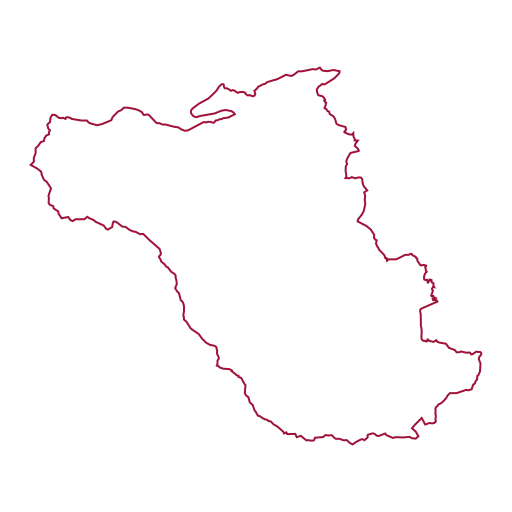 Calimanesti, Vâlcea, Romania (Mercator projection)
{"feature_id": "2599482B79862201668906", "entity_name": "Calimanesti", "entity_type": "district", "adm_level": 2, "iso_a3": "ROU", "parent_name": "Romania", "parent_adm1": "Vâlcea", "projection": "mercator", "projection_center": [24.315, 45.264], "detail": "fine", "context": "isolated", "style": "outline", "palette": "rose", "viewbox_px": 512, "rotation_deg": 0, "n_neighbors": 0, "source": "geoboundaries", "source_scale": "gbopen_adm2", "svg_char_len": 6000}
<svg xmlns="http://www.w3.org/2000/svg" viewBox="0 0 512 512"><path d="M414.6,425.1L421.7,418.0L425.3,424.6L429.3,423.0L432.3,423.4L434.3,423.0L435.9,421.3L435.4,419.6L435.9,415.8L435.3,413.2L435.6,412.1L435.4,408.7L436.2,406.9L437.3,406.2L438.4,404.5L441.1,403.2L444.0,400.6L446.3,397.9L447.6,395.5L450.0,393.1L456.7,393.1L466.1,389.9L468.4,390.3L471.6,389.3L473.2,384.6L474.9,383.5L475.6,381.2L477.0,379.6L477.4,375.8L478.3,375.3L480.0,371.5L480.5,363.4L478.8,359.1L479.3,356.9L481.2,354.6L481.3,353.2L480.4,352.1L476.1,351.7L472.4,354.3L471.2,354.4L470.2,352.8L469.4,352.5L466.3,352.7L461.1,351.5L459.5,352.2L456.6,352.3L454.8,350.0L449.0,347.9L445.9,343.7L439.5,342.6L437.4,341.8L436.3,340.2L433.6,341.9L429.4,340.9L427.8,339.4L427.5,339.5L427.1,341.2L426.1,341.5L425.2,340.9L423.6,340.9L422.0,339.8L421.4,337.8L421.7,331.0L421.3,327.3L420.9,326.2L420.7,314.0L420.1,311.2L420.3,309.5L421.8,308.4L437.4,301.6L436.9,300.6L436.0,300.5L435.8,299.7L433.0,300.5L434.1,299.7L433.0,299.8L432.7,298.8L434.2,298.7L435.3,297.9L433.5,297.2L433.3,296.0L431.7,296.2L431.2,295.8L432.9,290.7L431.9,288.9L433.1,286.8L434.2,287.1L433.4,285.4L433.5,283.3L431.7,282.3L431.4,280.0L430.0,280.3L429.7,278.7L429.7,280.2L428.0,282.6L427.5,282.0L427.7,281.2L427.3,279.8L425.4,280.0L424.3,279.5L424.0,278.2L424.2,276.1L424.8,274.0L426.7,271.7L425.7,270.2L425.8,268.9L425.2,267.5L425.4,266.5L426.2,266.1L426.1,265.6L423.6,264.9L421.1,265.4L420.3,265.1L417.4,260.7L417.2,258.6L416.3,258.2L415.8,256.9L412.4,255.2L411.8,254.0L410.6,253.8L408.8,254.8L405.1,254.9L396.4,259.3L387.9,259.4L387.4,258.9L387.4,260.6L387.0,260.8L386.6,258.9L385.3,258.1L384.3,255.1L378.8,249.4L378.4,247.9L377.2,246.4L376.0,243.5L376.7,240.3L375.4,239.7L374.0,237.9L374.2,234.7L370.6,229.4L366.3,225.9L357.6,221.4L358.0,219.4L361.7,214.8L363.7,211.2L365.3,204.0L364.7,199.8L365.2,196.0L364.2,192.4L367.2,190.4L363.5,185.8L362.8,183.6L362.1,178.9L360.8,177.5L358.7,177.4L355.1,178.3L351.8,177.1L349.7,178.2L345.5,178.1L346.4,176.4L345.6,170.8L345.8,166.3L347.1,164.0L346.2,161.4L347.5,158.0L350.4,153.0L358.7,151.0L358.7,150.1L357.8,148.7L354.8,145.8L355.5,143.7L357.8,140.6L354.7,140.4L355.0,139.7L353.5,136.5L353.3,133.1L351.9,134.6L349.3,134.4L346.4,133.3L345.9,132.6L344.7,132.5L344.3,131.8L346.1,129.5L345.5,127.0L338.6,125.1L336.5,123.8L334.9,118.6L333.3,116.2L329.8,114.1L329.1,111.6L327.7,111.2L326.4,109.2L324.5,108.0L325.8,104.9L325.7,103.4L326.2,102.7L324.3,100.9L324.3,100.1L325.1,99.8L324.0,97.7L322.5,96.3L318.3,95.2L317.0,92.0L316.8,89.4L318.4,86.9L322.4,83.9L324.1,84.5L325.6,83.8L334.3,78.3L338.4,74.2L339.5,72.5L339.6,71.2L333.3,70.0L327.3,71.2L323.0,70.7L321.8,70.1L319.8,67.6L316.0,69.5L312.7,69.1L302.2,71.3L298.2,71.3L294.2,74.5L291.4,76.0L285.9,74.8L277.7,79.0L267.2,82.1L265.2,83.8L262.7,84.4L257.9,87.0L257.0,88.6L254.4,90.7L255.3,94.1L254.5,95.6L252.8,96.3L249.3,95.0L248.2,95.5L247.2,95.2L245.5,93.7L245.3,92.9L243.3,91.9L239.5,92.1L237.9,92.9L233.8,90.3L232.5,90.1L231.1,90.8L227.3,88.4L224.7,88.2L223.9,86.7L223.7,84.5L222.6,84.1L221.5,84.4L219.4,86.2L216.2,91.0L208.6,98.4L198.9,103.7L193.1,108.1L191.4,109.8L190.9,111.7L191.3,113.7L193.3,116.0L195.3,117.0L196.8,117.1L200.0,116.0L214.5,113.5L221.5,110.7L225.7,110.0L231.3,111.1L233.6,112.5L234.8,114.2L228.4,117.5L222.8,118.3L221.6,119.1L219.9,119.1L217.7,120.2L215.7,120.5L214.2,122.4L213.2,122.8L210.6,121.9L208.1,121.8L205.9,122.5L204.5,122.0L203.2,122.3L187.7,130.5L184.5,130.7L180.8,129.1L178.4,127.4L173.3,126.6L165.5,124.5L162.6,124.5L159.0,123.1L156.6,123.1L148.6,114.7L146.9,114.5L144.0,115.0L143.1,114.3L142.1,112.3L138.6,110.3L135.3,109.1L127.7,107.7L123.8,107.7L121.2,110.2L118.1,111.5L112.7,116.9L111.3,120.2L102.0,124.1L96.9,125.2L89.9,123.2L88.5,122.4L86.9,120.5L81.3,120.5L71.6,118.9L70.4,117.9L67.8,117.2L65.9,117.6L65.5,118.9L63.2,117.8L61.6,118.2L58.9,117.9L55.4,115.1L52.3,114.7L50.4,118.0L50.0,122.1L47.9,123.9L47.3,125.1L48.4,128.7L50.0,130.3L48.9,132.1L49.1,134.3L46.2,135.6L44.6,138.0L43.8,141.1L40.8,142.1L38.2,145.8L35.6,148.3L35.6,153.2L33.8,157.9L33.9,161.6L30.7,164.9L37.1,168.5L40.8,171.3L41.7,173.3L41.5,174.3L43.5,178.8L44.3,180.0L46.7,181.8L51.0,188.3L48.5,195.7L48.9,198.3L48.6,203.0L49.7,204.7L53.3,206.2L53.7,208.5L58.3,211.4L58.5,213.5L61.6,218.3L68.2,217.0L70.4,220.1L72.6,221.1L75.5,219.3L84.4,219.2L87.3,216.8L89.1,218.1L93.6,220.0L95.6,221.8L103.6,225.5L106.2,228.8L107.8,229.6L112.2,227.0L112.7,223.5L113.4,221.7L114.1,221.4L116.4,222.0L122.3,226.6L125.5,226.9L129.7,230.0L133.6,231.6L135.3,231.7L140.1,234.2L143.2,233.9L149.8,240.4L159.5,248.8L160.9,252.9L160.5,255.0L159.2,256.1L158.9,257.0L160.6,259.6L161.2,261.5L164.7,264.4L166.1,266.5L167.9,267.4L171.0,271.6L174.7,274.1L175.7,275.6L175.5,277.1L176.4,280.4L176.8,284.2L175.3,287.6L175.3,288.5L177.3,291.6L178.9,293.0L180.8,300.2L182.5,301.7L183.5,304.0L184.0,306.6L184.0,311.2L183.3,315.3L183.9,317.3L184.0,319.6L186.4,321.7L190.8,328.6L198.8,334.1L201.8,338.3L206.0,342.6L209.8,344.8L214.2,345.7L216.2,346.9L217.2,350.9L216.9,353.4L218.7,357.3L218.8,358.7L217.5,360.6L217.5,363.7L216.8,365.6L218.6,366.1L219.6,367.4L223.3,368.7L229.2,369.1L231.9,370.4L231.6,371.1L237.0,375.4L238.5,375.8L238.6,377.0L241.2,377.9L244.3,383.7L245.5,385.1L244.8,393.1L246.0,395.4L248.4,397.2L249.8,402.4L252.7,405.0L254.6,410.5L255.7,411.7L257.9,415.7L259.5,416.0L263.7,418.8L267.8,420.2L268.5,421.1L270.7,421.4L274.2,424.9L276.3,425.8L279.0,427.9L283.5,432.0L284.0,433.4L286.4,432.4L287.1,434.0L287.7,434.1L295.2,433.9L296.8,437.2L300.8,435.8L306.4,440.4L308.6,440.1L310.1,440.6L313.3,440.6L314.2,439.9L315.0,437.7L323.0,437.1L325.4,435.1L328.7,435.5L331.0,435.1L332.5,435.7L333.5,437.1L335.8,438.8L339.4,438.8L343.6,440.3L346.7,440.1L349.9,443.0L352.7,444.4L356.7,441.6L361.0,439.4L362.5,439.2L364.5,440.2L367.6,437.4L367.6,435.3L368.1,434.7L372.8,433.3L374.7,434.0L376.8,435.7L378.7,436.0L385.1,433.5L386.4,435.1L392.8,437.9L396.2,437.1L402.2,437.5L409.6,436.9L411.9,438.2L415.7,438.6L418.4,436.3L415.8,431.7L412.0,428.3L414.6,425.1Z" fill="none" stroke="#9f1239" stroke-width="2"/></svg>